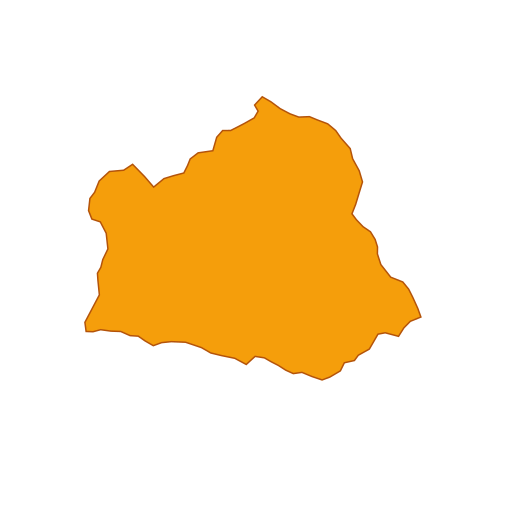 Nova Canaã Paulista, São Paulo, Brazil, rotated 120°
{"feature_id": "56859067B96642600712533", "entity_name": "Nova Canaã Paulista", "entity_type": "district", "adm_level": 2, "iso_a3": "BRA", "parent_name": "Brazil", "parent_adm1": "São Paulo", "projection": "mercator", "projection_center": [-50.91, -20.369], "detail": "fine", "context": "isolated", "style": "filled", "palette": "amber", "viewbox_px": 512, "rotation_deg": 120, "n_neighbors": 0, "source": "geoboundaries", "source_scale": "gbopen_adm2", "svg_char_len": 1377}
<svg xmlns="http://www.w3.org/2000/svg" viewBox="0 0 512 512"><g transform="rotate(120 256 256)"><path d="M406.3,365.4L403.1,359.3L397.5,353.7L393.6,344.1L389.0,335.4L387.9,325.2L384.3,317.9L385.0,309.7L385.0,300.1L378.2,294.4L372.5,286.5L365.9,273.9L362.6,257.4L362.6,246.7L359.5,236.1L355.2,223.2L354.8,210.2L343.4,206.6L340.0,197.8L340.0,189.9L339.6,182.3L340.0,173.2L339.2,164.9L333.8,158.0L332.4,147.3L330.3,136.8L323.9,131.5L313.3,125.5L304.3,126.1L297.3,118.5L290.8,117.8L279.9,111.3L262.7,111.3L257.9,105.7L254.3,92.4L244.3,92.0L235.4,89.7L226.4,82.7L220.5,89.7L213.4,99.6L208.4,107.2L205.1,115.9L207.0,128.7L201.0,143.6L193.5,151.9L187.4,155.3L182.1,161.1L177.8,169.0L177.1,178.0L174.4,187.2L171.5,194.0L161.5,195.5L146.9,198.9L138.6,200.8L130.6,209.2L123.5,220.9L115.9,228.1L111.4,241.4L107.5,249.7L105.7,259.9L107.5,271.0L108.6,279.4L114.3,288.4L115.9,297.8L116.3,308.8L115.0,320.1L115.0,330.2L126.0,332.7L129.5,326.6L137.3,326.6L147.6,332.7L160.0,340.7L164.0,347.6L172.8,349.4L186.4,346.0L195.6,357.7L204.8,361.5L211.9,360.5L220.2,360.0L227.7,367.6L235.0,374.4L247.5,379.1L242.9,392.3L238.3,408.7L247.9,413.5L256.1,425.2L269.5,429.3L281.5,427.6L289.2,428.6L300.4,423.7L306.1,416.6L304.3,407.9L311.2,397.1L323.9,387.8L335.7,386.9L343.4,384.7L350.2,384.7L356.3,380.6L368.0,372.2L399.0,371.0L406.3,365.4Z" fill="#f59e0b" stroke="#b45309" stroke-width="1.5"/></g></svg>